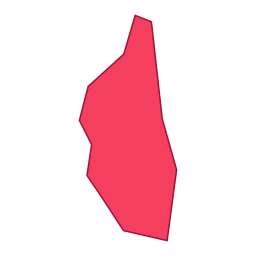 outline of Anse Boileau
{"feature_id": "SYC-5199", "entity_name": "Anse Boileau", "entity_type": "state/province", "adm_level": 1, "iso_a3": "SYC", "parent_name": "Seychelles", "parent_adm1": "", "projection": "robinson", "projection_center": [55.492, -4.708], "detail": "fine", "context": "isolated", "style": "filled", "palette": "rose", "viewbox_px": 256, "rotation_deg": 0, "n_neighbors": 0, "source": "natural_earth", "source_scale": "10m", "svg_char_len": 280}
<svg xmlns="http://www.w3.org/2000/svg" viewBox="0 0 256 256"><path d="M123.5,230.6L102.2,197.9L87.0,175.5L91.6,144.5L79.4,120.4L88.2,86.4L123.8,54.1L135.2,15.4L151.4,21.8L162.2,118.7L176.6,169.8L167.1,240.6L123.5,230.6Z" fill="#f43f5e" stroke="#9f1239" stroke-width="1.5"/></svg>